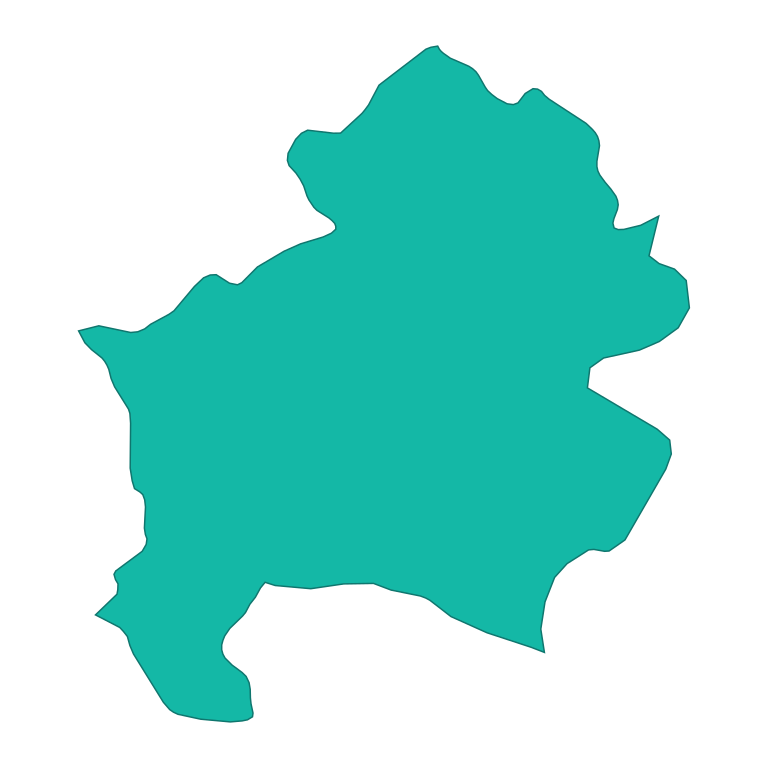 an SVG outline of Isernia
{"feature_id": "ITA-5402", "entity_name": "Isernia", "entity_type": "Province", "adm_level": 1, "iso_a3": "ITA", "parent_name": "Italy", "parent_adm1": "", "projection": "robinson", "projection_center": [14.21, 41.647], "detail": "fine", "context": "isolated", "style": "filled", "palette": "teal", "viewbox_px": 768, "rotation_deg": 0, "n_neighbors": 0, "source": "natural_earth", "source_scale": "10m", "svg_char_len": 2443}
<svg xmlns="http://www.w3.org/2000/svg" viewBox="0 0 768 768"><path d="M658.7,216.1L649.0,255.8L659.1,263.6L674.5,269.1L686.2,280.5L689.4,307.9L678.2,327.8L659.3,341.5L639.4,350.1L603.6,358.0L589.9,367.8L587.4,387.9L657.2,429.2L669.7,440.1L671.3,454.0L665.8,469.1L625.0,539.9L609.1,551.0L604.6,551.3L593.9,549.4L588.6,549.9L567.1,563.6L554.6,577.4L545.0,601.9L540.8,629.1L544.4,652.4L530.9,647.2L487.1,632.8L451.0,616.6L429.8,600.2L425.7,598.0L420.4,596.0L391.2,590.1L373.5,583.4L343.7,583.9L310.8,588.7L275.2,585.5L265.1,582.3L260.5,587.9L255.4,597.2L249.9,604.2L245.5,612.5L242.6,616.0L229.8,628.4L224.7,635.9L222.9,640.4L221.7,644.9L221.7,649.8L222.9,654.1L225.0,658.0L232.1,665.1L242.1,672.5L246.1,676.4L249.1,682.7L250.2,689.3L250.4,697.8L251.0,703.7L253.0,713.1L252.5,716.8L247.5,719.8L242.1,720.9L230.3,721.9L200.7,719.2L178.0,714.3L173.5,712.2L169.7,709.6L163.4,702.3L133.5,654.0L129.9,645.5L127.4,636.5L123.4,631.4L119.8,627.5L95.5,614.9L117.0,594.2L117.8,589.6L118.0,583.8L115.5,579.6L114.0,574.3L115.8,570.9L142.2,551.3L146.2,544.4L147.0,538.8L145.4,534.5L144.4,528.1L145.5,507.0L144.7,499.8L142.8,494.6L139.8,491.9L134.5,488.6L132.2,480.8L130.2,468.2L130.6,423.2L129.9,413.4L128.5,409.1L114.6,386.8L111.1,378.5L108.8,369.3L107.0,365.2L104.7,361.3L102.0,358.0L91.5,349.6L84.9,342.8L78.6,330.9L98.8,325.8L130.7,332.5L137.8,331.8L144.7,328.9L150.7,324.2L169.0,314.3L174.0,310.8L194.4,286.5L203.6,277.8L210.2,275.0L216.2,274.7L229.5,283.2L237.5,284.8L241.8,282.7L257.5,266.9L284.1,251.2L300.7,243.8L323.1,237.0L331.4,233.2L335.8,229.2L335.8,226.3L334.7,223.4L332.2,220.7L328.9,217.9L317.0,210.4L313.9,207.3L308.9,199.9L307.0,195.9L303.7,185.9L300.1,179.1L296.0,173.1L289.1,165.6L287.4,160.4L288.1,153.3L295.7,139.3L301.4,133.3L307.6,130.2L333.5,133.2L340.6,133.1L362.0,113.4L364.9,109.9L368.6,104.9L379.0,85.2L380.8,83.8L381.0,83.6L425.9,49.2L430.8,47.3L437.7,46.1L439.4,49.3L441.2,51.4L443.5,53.4L450.3,58.2L468.9,66.3L472.7,68.8L476.0,71.8L478.5,75.3L485.2,87.1L487.6,90.6L491.8,94.5L497.2,98.6L507.1,103.8L513.4,104.6L518.0,102.9L525.2,93.5L533.0,88.7L537.6,89.1L541.5,91.4L544.6,95.4L549.1,99.2L586.1,123.4L592.5,129.5L595.3,132.8L597.5,136.5L598.9,140.8L599.5,145.7L596.9,161.3L596.9,166.6L597.9,171.1L599.9,175.2L605.2,182.4L610.8,189.0L615.9,196.2L617.5,200.4L618.2,204.8L617.4,209.5L613.9,218.7L612.9,223.1L614.1,228.0L618.2,229.6L623.9,229.4L640.7,225.3L658.7,216.1Z" fill="#14b8a6" stroke="#0f766e" stroke-width="1.5"/></svg>